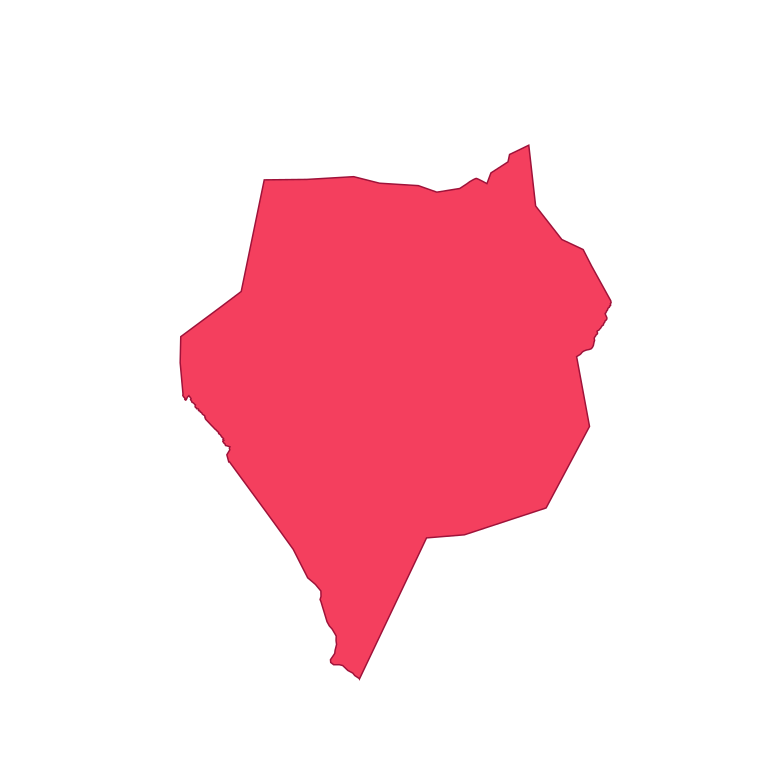 the district of Bugat, Govi-Altay, Mongolia, rotated 25°
{"feature_id": "93677404B31159803957076", "entity_name": "Bugat", "entity_type": "district", "adm_level": 2, "iso_a3": "MNG", "parent_name": "Mongolia", "parent_adm1": "Govi-Altay", "projection": "mercator", "projection_center": [93.829, 45.194], "detail": "fine", "context": "isolated", "style": "filled", "palette": "rose", "viewbox_px": 768, "rotation_deg": 25, "n_neighbors": 0, "source": "geoboundaries", "source_scale": "gbopen_adm2", "svg_char_len": 4586}
<svg xmlns="http://www.w3.org/2000/svg" viewBox="0 0 768 768"><g transform="rotate(25 384 384)"><path d="M588.2,335.6L547.0,277.8L548.6,275.4L549.3,274.3L549.8,273.0L550.0,271.9L550.5,270.7L551.6,269.2L553.3,267.5L555.4,266.0L556.9,264.5L557.4,262.9L557.5,260.7L556.6,257.0L556.5,255.7L556.2,255.1L555.5,254.3L555.1,253.2L555.2,252.2L555.5,251.0L555.4,250.1L555.8,249.4L556.2,248.2L555.8,247.3L555.0,246.6L554.9,245.7L556.0,244.4L556.3,242.9L556.7,242.0L556.8,240.7L557.1,239.0L557.9,237.8L557.5,236.5L557.9,234.7L557.7,233.4L558.4,232.0L558.5,231.0L558.1,229.9L557.4,229.2L555.4,227.5L554.6,226.5L555.0,225.7L554.9,225.1L555.1,224.4L554.8,223.6L555.3,222.6L555.2,222.0L555.0,220.9L555.2,220.2L555.8,219.2L555.6,218.6L555.5,217.8L556.1,217.4L556.1,216.8L555.2,215.5L555.5,214.4L554.3,212.7L522.2,189.3L507.7,178.0L484.1,177.9L446.2,158.6L414.3,106.4L400.8,122.9L402.5,130.3L391.7,147.5L392.6,158.9L387.4,158.6L383.2,158.5L381.0,158.6L380.2,159.1L378.6,161.0L376.2,164.4L374.4,167.7L370.0,174.8L350.8,187.8L331.3,189.7L295.1,203.9L268.9,208.9L227.6,231.2L189.2,249.6L215.5,360.5L203.9,382.4L179.8,427.0L190.3,450.9L205.8,477.6L206.0,477.9L206.2,478.3L206.3,478.6L206.3,478.9L206.3,479.1L206.5,479.4L206.7,479.6L207.0,479.8L207.5,480.1L207.7,480.3L207.9,480.4L208.1,480.5L208.3,480.5L208.6,480.5L208.8,480.6L209.2,480.9L209.3,481.1L209.5,481.2L209.8,481.2L209.9,481.3L209.9,481.5L209.9,481.8L209.9,482.1L210.0,482.2L210.5,482.3L210.8,482.4L211.1,482.4L211.3,482.0L211.4,481.8L211.4,481.6L211.4,481.0L211.4,478.9L212.1,477.1L212.4,477.3L212.7,477.4L213.0,477.5L213.5,477.8L213.9,477.9L214.4,478.2L214.9,478.5L215.1,478.6L215.3,478.8L215.4,479.0L215.3,479.3L215.2,479.7L215.2,479.8L215.6,480.1L215.9,480.3L216.3,480.5L216.6,480.7L216.8,480.8L217.0,480.9L217.1,481.2L217.3,481.4L217.4,481.5L217.5,481.6L217.9,481.7L218.1,481.7L218.4,481.7L218.6,481.7L219.1,481.7L219.8,481.9L220.2,482.0L220.3,482.1L220.5,482.2L220.6,482.3L221.0,482.4L221.6,482.5L221.8,482.5L222.0,482.6L222.1,482.8L222.1,483.0L222.0,483.3L222.0,483.5L222.1,483.8L222.4,484.2L222.5,484.5L222.8,484.7L222.9,484.8L223.2,485.0L223.4,485.0L223.5,485.0L223.6,484.9L223.8,484.9L224.0,484.9L224.3,485.0L224.6,485.2L224.7,485.4L224.9,485.4L225.0,485.5L225.1,485.4L225.5,485.3L225.8,485.2L226.0,485.2L226.3,485.1L226.5,485.2L226.6,485.3L226.8,485.5L227.0,485.8L227.0,486.1L227.0,486.3L227.2,486.5L227.3,486.5L227.5,486.4L227.9,486.2L228.2,486.2L228.5,486.3L228.8,486.6L228.9,486.8L229.0,486.8L229.2,486.7L229.3,486.8L229.8,487.0L230.0,487.1L230.5,487.0L230.8,487.1L231.1,487.2L231.2,487.3L231.3,487.5L231.5,487.6L231.9,487.9L232.3,488.1L232.7,488.2L233.0,488.2L233.5,488.3L233.9,488.4L234.3,488.4L234.6,488.5L234.8,488.6L235.0,488.7L235.1,488.8L235.3,489.0L235.5,489.3L235.6,489.6L235.8,489.9L235.9,490.1L236.0,490.2L236.3,490.1L236.5,490.2L236.6,490.3L236.6,490.7L236.7,490.8L236.9,491.1L237.3,491.3L237.9,491.6L238.2,491.7L238.5,491.8L245.7,494.7L245.9,494.7L249.4,496.1L249.7,496.3L249.9,496.3L250.4,496.3L250.7,496.4L251.0,496.4L251.3,496.6L251.8,497.0L252.0,497.1L252.4,497.1L252.7,497.1L252.9,497.1L253.1,497.1L253.4,497.3L253.7,497.5L253.9,497.6L254.2,497.8L254.6,497.8L254.9,498.1L255.0,498.2L255.1,498.4L255.1,498.6L255.1,498.8L255.3,498.9L255.7,498.9L255.9,498.9L256.2,499.0L256.9,499.1L257.1,499.2L257.3,499.2L257.5,499.3L257.9,499.7L258.1,499.9L258.4,499.9L258.5,500.0L259.1,500.3L259.3,500.4L259.4,500.6L260.0,500.8L260.5,500.9L261.0,501.1L261.3,501.2L261.6,501.3L261.6,501.5L261.7,501.8L261.6,502.0L261.5,502.3L261.5,502.5L261.7,502.8L261.8,502.9L262.1,503.0L262.3,503.0L262.6,502.9L262.4,503.4L262.2,504.2L262.3,504.3L262.7,504.5L263.0,504.6L263.3,504.8L263.5,504.9L263.6,505.1L263.9,505.2L264.1,505.2L264.3,505.3L264.7,505.4L264.9,505.5L265.1,505.5L265.4,505.7L265.6,505.9L265.8,506.2L266.0,506.4L266.2,506.5L266.4,506.7L266.6,506.6L270.9,506.0L271.0,507.6L272.1,508.8L271.8,511.3L271.5,514.6L276.2,520.2L276.4,520.0L276.5,519.9L276.9,519.9L280.0,521.6L294.9,529.8L303.7,534.6L311.3,538.8L312.0,539.1L312.8,539.6L325.2,546.4L338.6,553.8L348.9,559.5L360.5,566.0L371.6,572.2L383.2,581.3L395.5,590.9L396.7,591.9L400.8,593.0L406.5,594.6L414.3,598.3L416.7,603.2L416.8,604.0L417.2,606.4L418.6,607.6L423.5,613.1L425.5,615.3L432.8,623.5L436.6,626.3L438.9,627.3L440.7,628.1L447.2,632.6L448.5,635.7L449.0,636.8L449.4,637.5L451.1,640.1L452.2,645.9L453.2,649.0L452.9,651.1L452.0,656.5L453.4,658.9L457.0,659.7L460.7,658.0L462.1,657.3L465.5,656.6L472.3,658.9L477.9,659.2L480.7,660.6L486.1,661.4L486.4,661.7L487.6,505.5L520.6,486.7L583.3,427.8L588.2,335.6L588.2,335.6Z" fill="#f43f5e" stroke="#9f1239" stroke-width="1.5"/></g></svg>